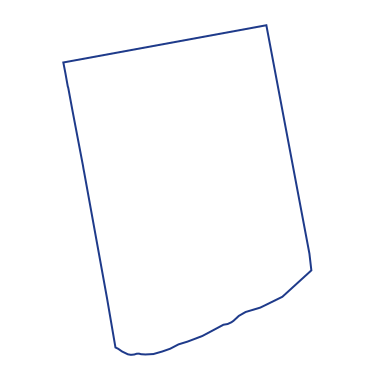 Calloway, Kentucky, United States of America (Mercator projection), rotated 79°
{"feature_id": "52423323B87145577406821", "entity_name": "Calloway", "entity_type": "district", "adm_level": 2, "iso_a3": "USA", "parent_name": "United States of America", "parent_adm1": "Kentucky", "projection": "mercator", "projection_center": [-88.153, 36.624], "detail": "fine", "context": "isolated", "style": "outline", "palette": "blue", "viewbox_px": 384, "rotation_deg": 79, "n_neighbors": 0, "source": "geoboundaries", "source_scale": "gbopen_adm2", "svg_char_len": 611}
<svg xmlns="http://www.w3.org/2000/svg" viewBox="0 0 384 384"><g transform="rotate(79 192 192)"><path d="M40.3,293.6L51.2,293.6L64.5,293.8L66.1,293.6L88.6,293.8L145.5,294.0L148.7,294.1L152.1,294.1L280.7,295.7L329.9,296.8L330.0,296.8L331.8,294.4L335.2,291.1L339.1,285.9L340.2,283.0L340.5,279.7L340.2,277.1L340.6,274.8L341.5,273.0L342.6,268.7L343.7,260.8L342.9,251.7L341.7,243.4L339.0,234.3L338.0,224.9L335.3,209.3L328.3,186.5L328.4,182.2L327.4,178.2L326.4,175.9L322.5,169.6L320.0,162.2L318.5,147.0L312.1,123.3L291.7,89.8L274.9,88.5L42.5,87.2L40.3,293.6Z" fill="none" stroke="#1e3a8a" stroke-width="2"/></g></svg>